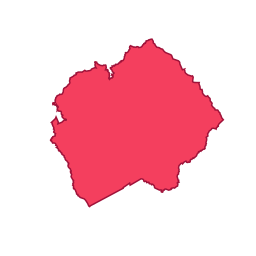 Trancas, Tucumán, Argentina, rotated 136°
{"feature_id": "61730980B98032525509739", "entity_name": "Trancas", "entity_type": "district", "adm_level": 2, "iso_a3": "ARG", "parent_name": "Argentina", "parent_adm1": "Tucumán", "projection": "orthographic", "projection_center": [-65.459, -26.341], "detail": "fine", "context": "isolated", "style": "filled", "palette": "rose", "viewbox_px": 256, "rotation_deg": 136, "n_neighbors": 0, "source": "geoboundaries", "source_scale": "gbopen_adm2", "svg_char_len": 5843}
<svg xmlns="http://www.w3.org/2000/svg" viewBox="0 0 256 256"><g transform="rotate(136 128 128)"><path d="M210.6,111.2L208.7,107.4L208.7,105.5L209.4,101.9L210.4,99.2L210.2,98.1L209.1,98.2L173.3,88.0L172.9,88.5L165.1,87.2L166.2,85.4L153.9,82.4L152.9,80.9L152.8,79.9L153.5,78.8L153.4,78.0L152.1,77.4L152.0,76.5L152.5,75.8L150.8,74.6L150.7,74.2L151.4,73.4L151.3,73.0L150.3,71.7L150.4,70.7L149.4,70.5L149.3,70.1L149.3,68.2L150.2,66.8L150.3,66.1L148.5,61.5L147.2,60.5L147.3,59.9L148.1,59.5L148.4,59.0L148.1,58.2L147.6,57.8L147.2,57.9L145.8,58.9L144.9,58.1L143.9,58.4L143.2,57.8L141.9,55.0L139.8,53.9L139.2,53.9L139.1,54.5L138.8,54.5L136.7,53.3L136.2,52.4L133.4,52.2L132.8,51.8L131.2,52.9L130.9,53.9L130.5,54.3L129.4,53.6L128.9,53.6L129.0,54.6L127.8,55.2L128.1,56.1L127.7,56.5L126.3,59.1L124.7,60.0L123.6,59.8L122.6,61.0L121.5,61.1L121.1,61.9L120.0,62.8L119.5,64.1L117.5,65.5L114.5,65.7L113.6,65.1L113.7,64.3L111.2,64.5L109.3,63.9L109.6,62.5L108.9,61.6L108.1,61.5L107.6,60.7L106.7,60.5L105.7,61.6L104.6,61.8L104.0,61.1L102.1,61.3L101.8,60.6L101.4,60.9L100.7,60.5L98.1,60.4L96.3,61.3L95.3,61.2L94.0,61.8L93.8,61.3L93.3,61.7L92.4,61.2L91.6,61.3L91.5,60.7L90.9,61.0L90.0,60.5L89.1,60.6L87.6,59.7L87.2,60.0L86.8,59.8L86.1,60.7L85.2,61.4L84.2,61.3L83.8,61.9L82.5,62.3L82.4,63.1L79.5,64.9L79.2,65.5L78.7,65.8L78.2,67.0L76.1,66.7L74.7,68.6L73.2,68.8L71.8,69.4L69.4,69.1L67.9,69.4L66.6,68.4L66.2,67.5L65.6,67.0L65.4,66.0L64.1,66.8L62.9,66.6L62.2,67.0L61.8,66.6L61.4,67.2L59.5,67.8L53.7,67.7L53.5,70.2L52.4,72.6L52.1,74.1L51.4,74.9L51.5,76.3L51.0,78.3L51.1,78.7L52.8,80.5L52.0,81.9L52.4,83.1L52.1,86.2L50.3,87.4L50.0,90.5L48.7,91.9L48.5,92.5L48.6,94.5L48.3,95.8L49.4,96.1L50.2,96.8L50.5,98.4L50.3,100.8L50.0,101.6L49.1,102.5L48.0,104.3L48.8,105.0L49.1,105.7L47.4,107.9L46.2,110.6L45.2,111.2L48.4,114.4L49.3,115.8L49.2,116.6L45.8,119.3L45.5,120.3L45.5,120.8L46.1,121.0L48.1,124.6L48.5,127.4L48.1,128.8L47.3,129.8L47.0,130.9L46.4,131.1L48.4,132.1L46.2,138.1L45.2,139.3L45.0,140.3L45.1,141.4L47.7,146.5L46.2,150.0L46.3,151.0L48.6,156.2L48.8,158.1L48.4,160.7L49.3,162.2L49.8,164.2L51.2,166.2L50.9,168.7L50.4,169.6L50.7,171.6L49.6,172.9L49.0,175.3L50.6,176.4L51.2,176.4L51.8,177.0L52.5,176.9L54.4,178.0L54.6,177.6L55.4,177.4L55.8,177.6L56.6,176.9L57.0,177.1L56.7,177.2L57.0,177.5L58.1,177.7L58.7,177.2L59.8,177.5L61.4,176.9L62.9,177.3L64.4,178.4L64.3,179.3L65.0,180.3L66.2,180.5L67.0,181.7L67.6,181.9L68.1,183.5L68.8,184.3L68.8,185.3L70.0,185.5L71.0,184.8L71.5,183.6L72.8,183.6L73.3,183.2L75.5,182.7L76.8,183.1L77.2,183.8L77.6,183.9L78.2,183.1L79.5,182.8L79.8,182.1L81.0,181.9L82.0,180.9L83.5,180.2L84.9,180.0L85.8,180.8L86.7,180.3L87.1,180.7L87.1,181.1L87.7,180.9L87.9,181.1L88.8,180.6L89.6,181.2L91.1,180.9L92.2,181.9L92.7,181.9L92.8,182.4L94.6,182.0L94.9,182.4L94.8,182.8L95.5,182.8L95.7,183.1L96.2,183.1L96.4,183.6L97.3,182.7L98.3,183.1L98.7,183.6L99.1,183.4L99.4,182.4L99.2,181.7L99.3,181.0L100.1,179.1L99.8,177.6L100.0,177.2L101.4,177.1L101.7,177.4L102.1,177.3L102.4,177.9L102.6,177.4L102.0,176.7L102.9,177.1L102.5,176.2L103.0,176.1L102.9,175.6L103.4,175.1L104.5,175.4L104.8,175.1L105.6,175.8L106.2,175.8L106.4,176.2L107.5,175.8L107.5,176.3L106.8,176.6L107.3,177.0L107.2,177.3L105.9,177.7L103.2,180.8L103.2,183.0L102.2,183.4L102.2,184.3L103.2,184.7L103.7,185.4L103.0,185.4L102.7,186.1L101.8,186.4L100.3,188.5L100.4,188.9L101.5,189.7L101.7,190.1L102.8,190.3L104.2,192.0L105.1,194.2L105.3,196.1L104.8,197.1L105.7,198.5L106.3,198.3L106.7,197.1L107.9,196.4L108.8,194.9L109.2,193.5L109.7,194.3L112.8,195.6L113.5,195.7L114.6,195.4L115.5,195.8L118.4,197.8L118.8,198.3L119.0,199.5L122.4,200.1L122.7,200.7L125.1,202.9L126.0,203.0L127.1,203.7L127.4,203.6L127.4,203.0L127.8,202.5L128.3,202.4L130.3,203.4L130.9,203.1L135.1,204.2L135.9,203.2L136.7,203.0L137.6,202.2L138.0,201.3L138.7,200.7L139.3,200.8L140.1,200.4L141.4,200.7L142.4,200.2L143.5,200.6L144.3,200.3L145.5,200.9L146.8,201.0L148.0,200.3L149.7,198.8L152.0,198.2L153.1,198.8L153.5,199.7L154.8,199.7L156.6,200.5L157.2,200.1L158.8,200.0L159.4,199.5L160.6,199.0L160.7,198.5L161.5,198.3L162.4,196.9L163.7,197.4L163.7,197.1L164.3,198.2L165.1,197.9L165.6,197.2L165.0,197.1L165.3,196.8L164.8,196.4L165.0,196.3L164.8,195.8L164.4,195.8L164.6,195.3L164.4,195.0L163.5,194.9L163.9,194.6L163.6,194.3L164.0,194.2L163.8,193.5L164.0,193.2L163.8,192.6L163.4,192.8L163.3,192.4L163.6,191.5L163.9,191.4L164.5,191.9L164.6,191.3L165.9,190.8L165.9,190.2L166.4,189.9L166.1,189.9L166.0,188.8L166.3,188.7L166.1,188.3L164.7,186.7L164.9,185.8L166.2,184.4L166.4,183.9L166.0,182.5L166.3,182.3L166.9,182.6L167.5,182.0L167.8,181.1L167.5,178.3L166.6,177.7L166.5,177.0L167.2,176.6L168.3,178.0L171.6,178.1L175.5,179.7L174.1,180.5L172.1,185.9L173.6,185.2L179.4,185.2L179.2,184.0L180.0,183.3L180.0,182.7L180.5,182.1L181.0,180.1L181.5,179.4L182.3,179.0L182.1,178.6L182.6,177.4L183.9,177.0L184.0,176.4L184.3,176.4L184.1,174.2L185.2,173.9L185.8,172.9L188.2,174.0L189.1,173.4L189.7,173.8L190.2,173.3L190.6,173.5L192.1,173.1L192.4,172.7L192.3,172.0L191.9,172.0L192.7,169.6L192.1,169.3L191.9,168.7L191.2,168.1L191.1,166.8L191.5,165.8L192.0,165.7L191.6,164.0L192.2,163.2L192.8,163.4L192.5,162.8L192.8,162.5L192.6,161.6L193.4,160.3L193.0,159.9L193.0,159.6L193.5,159.4L192.9,158.3L193.1,158.1L193.2,157.6L193.0,156.3L193.3,156.2L193.2,155.7L193.8,154.9L193.2,152.4L194.1,151.5L194.0,150.5L194.8,149.3L195.1,148.1L194.8,146.9L195.1,145.9L195.0,144.1L195.3,143.7L195.7,143.9L196.2,143.5L196.3,142.9L197.2,142.7L197.9,141.7L198.1,140.5L197.9,138.6L198.6,137.8L198.5,137.0L198.9,136.4L199.8,136.5L200.1,135.3L200.4,135.4L200.7,133.8L202.8,132.5L203.7,128.9L203.5,128.2L203.9,127.8L204.3,127.9L205.2,126.4L206.1,126.5L206.6,125.6L207.5,125.3L207.3,124.4L209.1,122.5L209.3,122.1L208.7,121.8L209.1,119.6L209.8,118.2L209.8,117.6L210.8,116.3L210.7,115.3L210.3,115.0L211.0,114.1L210.7,113.6L210.6,111.2Z" fill="#f43f5e" stroke="#9f1239" stroke-width="1.5"/></g></svg>